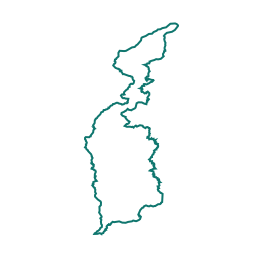 outline of Amajari, Roraima, Brazil, rotated 96°
{"feature_id": "56859067B25672649459605", "entity_name": "Amajari", "entity_type": "district", "adm_level": 2, "iso_a3": "BRA", "parent_name": "Brazil", "parent_adm1": "Roraima", "projection": "equal_earth", "projection_center": [-62.603, 3.725], "detail": "fine", "context": "isolated", "style": "outline", "palette": "teal", "viewbox_px": 256, "rotation_deg": 96, "n_neighbors": 0, "source": "geoboundaries", "source_scale": "gbopen_adm2", "svg_char_len": 5893}
<svg xmlns="http://www.w3.org/2000/svg" viewBox="0 0 256 256"><g transform="rotate(96 128 128)"><path d="M236.4,147.1L235.6,145.6L235.6,144.7L236.2,143.4L235.8,143.4L235.1,141.6L233.8,141.3L232.9,140.3L232.4,140.4L231.7,139.2L231.0,139.9L229.5,138.4L228.1,139.0L226.6,138.0L226.5,137.1L225.8,137.0L226.2,135.7L225.6,135.2L225.2,135.4L222.9,133.5L223.1,132.0L221.8,127.0L222.7,123.8L222.5,120.4L221.4,118.1L220.4,114.3L219.5,113.2L219.8,110.6L219.7,109.8L218.3,107.5L217.3,106.5L215.2,106.0L215.0,106.5L214.6,106.3L214.0,107.2L214.2,107.5L213.6,107.5L213.3,108.1L213.5,108.4L213.1,108.7L208.3,107.2L205.9,105.5L205.5,104.4L204.3,104.0L203.1,102.0L203.7,99.9L203.6,98.4L202.8,97.5L203.4,94.8L202.8,93.5L202.8,92.8L200.6,90.0L200.4,88.2L199.4,87.3L198.8,87.3L198.1,86.3L189.9,86.7L189.0,88.5L189.1,88.9L187.6,90.5L187.3,91.3L185.8,92.0L185.2,91.7L184.7,90.8L183.8,91.4L183.5,92.2L183.0,92.4L182.8,91.4L181.8,90.7L178.7,91.9L178.4,91.6L178.8,90.9L178.6,90.3L178.1,91.1L176.1,91.7L176.7,92.6L176.5,93.1L175.8,93.4L175.5,92.9L174.7,93.2L174.4,94.8L173.9,95.1L174.1,95.8L173.7,97.5L173.0,97.8L172.2,96.8L171.2,97.0L171.1,98.3L169.8,97.8L168.5,98.2L168.1,101.8L167.4,101.2L167.1,100.2L165.9,98.4L165.5,96.4L164.0,98.1L163.5,98.0L163.1,98.5L162.8,98.0L162.1,98.5L161.4,98.0L160.6,98.3L160.4,99.0L160.9,100.3L160.5,100.6L159.6,100.1L159.1,100.9L158.5,100.8L158.8,102.6L157.7,102.9L157.1,103.7L156.2,102.6L154.7,102.2L154.4,101.1L153.5,101.3L152.0,100.8L151.6,100.0L150.2,99.9L149.5,99.1L148.9,99.5L148.0,99.2L147.7,99.6L146.5,98.4L146.4,97.5L145.6,97.6L144.5,96.6L144.3,96.9L143.1,96.1L142.0,96.3L141.5,96.8L140.7,96.6L140.4,97.6L141.1,98.0L140.7,99.3L139.8,99.8L138.9,99.0L138.3,100.1L137.2,99.5L137.7,100.4L137.6,100.9L136.1,101.4L136.5,102.1L135.8,103.4L136.6,103.4L136.6,104.7L137.1,105.7L135.6,106.3L135.8,107.8L134.7,107.7L134.3,106.7L133.1,105.9L132.2,106.2L131.3,105.7L130.6,106.5L129.6,106.3L128.4,106.7L126.6,106.2L125.8,106.7L126.0,107.4L125.0,108.5L125.3,109.9L126.3,110.6L126.2,110.9L125.4,112.9L124.2,113.7L124.0,116.4L125.7,119.3L124.8,120.4L126.3,122.2L127.0,122.5L126.3,123.8L126.7,124.5L126.5,125.9L126.9,129.2L126.3,131.5L124.2,129.8L124.0,128.8L123.2,127.7L121.5,127.1L120.6,129.0L118.9,130.9L117.9,131.7L117.3,131.5L116.4,134.7L115.1,136.1L113.6,135.9L112.3,133.5L111.7,133.1L111.4,132.2L109.0,130.3L109.8,129.2L110.0,126.4L109.5,126.0L107.8,123.3L106.9,122.6L102.5,122.0L101.4,120.4L101.1,117.0L102.1,114.3L102.4,112.2L100.4,112.1L100.0,111.6L98.6,112.0L98.4,110.9L97.2,110.2L96.9,110.5L97.0,111.6L95.7,111.9L92.8,110.3L91.1,110.5L89.8,112.1L90.4,112.5L90.4,113.3L91.5,113.4L91.4,114.1L91.9,115.0L90.5,117.1L90.7,118.2L89.8,118.7L89.0,118.5L88.3,117.7L87.8,117.7L87.2,118.1L87.6,119.2L87.4,120.0L87.2,119.5L86.4,119.3L85.3,118.3L84.7,118.3L84.5,116.5L83.6,117.0L82.7,116.9L82.6,116.6L83.0,116.1L82.5,115.5L82.8,114.6L82.6,113.9L81.1,111.5L80.0,110.4L79.5,108.8L77.9,107.6L77.6,107.9L77.7,109.4L77.0,112.8L77.5,113.5L78.0,113.4L78.4,114.2L78.9,114.3L77.9,115.3L76.7,114.9L76.4,115.6L75.8,114.9L75.1,114.8L74.8,114.4L74.9,113.6L74.2,113.0L72.0,113.5L70.1,113.1L69.4,112.4L67.2,113.7L66.7,113.5L65.2,114.2L64.7,115.8L64.4,115.8L64.1,116.8L63.7,116.9L63.4,118.1L62.7,116.0L61.8,115.6L61.5,113.6L59.7,113.5L59.7,112.8L59.0,112.3L57.7,109.0L56.6,107.2L56.6,105.2L55.8,102.6L52.9,100.0L51.8,100.8L50.6,100.9L48.8,100.0L47.9,100.2L47.4,98.9L46.5,99.1L45.8,99.8L44.3,100.0L41.7,99.4L40.8,99.8L39.4,99.6L38.0,100.5L35.7,101.3L34.8,100.9L33.6,101.0L32.7,101.9L31.1,101.0L29.3,99.3L27.7,94.3L25.6,91.6L21.4,89.0L20.7,89.0L19.5,90.5L19.1,92.1L19.9,96.8L23.9,100.6L25.1,104.3L26.4,106.1L26.9,108.6L28.3,109.7L29.9,112.6L31.7,113.9L32.3,117.1L34.6,119.9L36.4,123.5L37.2,124.1L39.5,124.2L44.1,127.4L44.7,128.3L46.7,129.8L47.4,132.4L51.5,138.1L51.9,139.8L52.1,144.4L54.3,145.4L57.8,144.9L60.0,146.9L60.7,147.0L61.3,148.1L63.1,148.2L63.3,147.5L63.9,147.3L65.0,147.5L66.0,148.7L67.4,149.2L69.5,146.7L70.3,143.9L70.1,143.6L70.7,142.3L71.4,142.3L71.6,140.9L72.5,141.5L72.6,140.4L75.0,138.7L74.8,137.7L76.1,132.5L76.1,131.2L76.5,130.6L76.5,129.6L77.3,128.7L78.2,128.7L79.6,128.0L80.4,126.8L82.5,127.0L83.5,127.6L83.8,128.5L83.6,129.5L84.8,130.9L86.9,130.7L87.0,131.3L88.0,132.0L89.5,132.4L90.0,133.4L92.7,135.6L94.2,135.7L95.0,135.0L95.4,136.1L95.1,136.6L95.2,137.5L96.4,138.4L98.3,137.0L98.9,136.0L98.6,134.7L99.0,133.6L98.9,130.7L101.4,131.0L101.8,131.4L102.7,130.9L103.5,131.6L103.7,133.7L104.7,134.5L105.4,136.4L104.9,136.9L104.5,140.0L104.0,140.8L104.1,142.0L105.5,144.2L105.7,145.4L107.0,146.0L107.7,147.6L109.5,148.7L109.7,149.4L110.2,149.1L111.6,150.9L111.9,152.0L112.5,152.7L112.7,154.1L114.3,154.5L115.2,156.3L117.3,157.0L120.0,159.3L121.4,159.9L122.1,161.1L122.8,161.1L123.7,161.8L126.6,161.7L129.0,163.0L131.2,161.6L131.2,162.0L131.9,161.1L132.1,161.7L132.7,161.4L133.8,162.2L136.1,162.2L138.8,164.0L140.2,164.2L140.4,165.1L141.2,165.5L141.5,169.1L142.3,169.7L143.8,169.5L144.6,168.6L145.4,168.5L146.6,167.5L148.0,167.6L148.6,168.2L149.7,167.8L151.8,168.7L152.1,167.7L153.6,167.0L154.4,165.5L155.1,165.3L157.9,162.0L160.0,160.9L160.4,161.1L161.5,160.1L163.7,161.0L166.1,160.2L166.8,160.9L167.3,160.5L167.5,158.9L168.1,158.3L168.5,158.8L169.0,158.2L170.0,158.1L171.2,159.1L171.3,159.7L172.3,160.0L172.9,157.5L173.5,157.2L173.7,156.0L175.0,155.4L177.1,156.1L178.5,156.1L179.3,155.8L179.4,155.1L180.1,155.3L180.5,156.0L182.0,155.4L183.9,153.6L184.5,155.4L185.5,156.9L186.6,156.6L187.0,157.0L187.4,156.5L188.5,157.4L188.7,156.8L189.3,157.0L190.0,156.4L191.1,154.7L191.6,154.9L192.6,154.1L195.2,154.0L196.5,153.0L198.1,153.8L199.7,153.6L202.3,150.5L203.9,147.6L204.8,147.1L207.6,146.9L209.3,148.2L213.2,147.6L215.1,147.9L218.7,145.0L219.8,145.1L220.3,145.9L220.8,146.1L222.2,144.9L223.8,145.2L226.4,144.6L227.0,143.9L228.0,143.7L229.3,143.7L230.4,145.1L231.8,145.5L233.3,146.8L233.9,147.9L235.4,148.7L236.2,150.1L236.9,150.4L236.4,147.1Z" fill="none" stroke="#0f766e" stroke-width="2"/></g></svg>